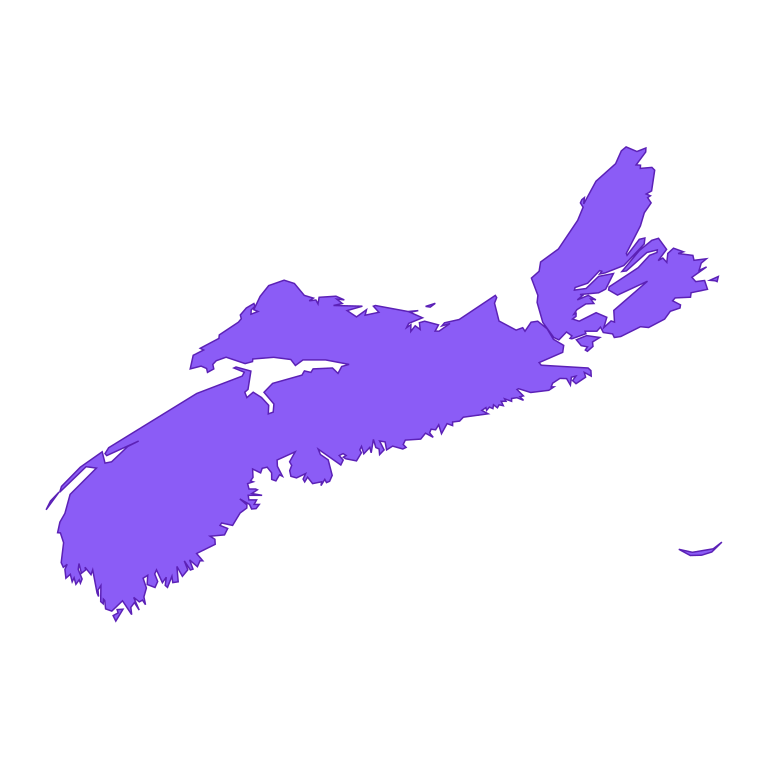 SVG path tracing the border of Nova Scotia
{"feature_id": "CAN-685", "entity_name": "Nova Scotia", "entity_type": "Province", "adm_level": 1, "iso_a3": "CAN", "parent_name": "Canada", "parent_adm1": "", "projection": "equal_earth", "projection_center": [-62.958, 45.228], "detail": "fine", "context": "isolated", "style": "filled", "palette": "violet", "viewbox_px": 768, "rotation_deg": 0, "n_neighbors": 0, "source": "natural_earth", "source_scale": "10m", "svg_char_len": 6102}
<svg xmlns="http://www.w3.org/2000/svg" viewBox="0 0 768 768"><path d="M268.7,285.6L284.1,280.2L294.4,283.5L304.3,295.4L313.4,298.1L309.2,300.8L315.9,300.0L318.0,303.9L319.1,297.3L336.0,296.2L344.3,299.9L336.8,299.1L342.3,303.5L333.5,305.5L362.4,306.2L347.1,310.6L356.5,316.9L366.5,309.7L365.1,315.2L378.9,312.3L373.4,306.2L375.4,305.5L408.0,311.5L418.3,310.6L410.1,312.3L422.5,317.8L408.7,323.4L406.6,327.6L410.9,324.7L410.8,331.4L415.2,325.8L420.2,329.5L419.4,322.7L424.6,321.2L438.5,324.9L435.1,331.1L439.0,331.2L450.0,323.5L441.9,325.9L444.5,322.8L459.2,319.5L495.3,295.4L496.7,297.6L494.5,303.1L499.0,321.0L516.1,330.1L522.7,327.7L525.0,331.2L531.1,322.2L537.7,321.2L547.1,328.8L553.4,339.3L563.7,345.4L562.7,352.3L539.1,362.6L541.2,365.2L588.1,368.0L590.9,370.6L591.2,376.1L584.3,372.4L585.6,377.2L576.0,383.7L572.6,380.6L575.9,376.1L571.4,377.2L570.4,385.1L566.6,378.6L559.9,378.4L552.6,383.2L551.2,386.9L553.9,386.9L548.8,390.3L530.7,392.5L518.6,388.7L517.0,389.5L523.4,395.9L519.9,396.7L523.5,400.3L516.9,397.7L511.6,398.5L511.6,401.3L504.6,398.8L506.0,401.3L501.2,401.3L503.3,405.7L499.1,404.8L497.4,407.8L493.5,404.8L492.9,408.6L489.4,407.1L486.6,410.4L485.9,407.6L481.8,410.4L488.1,413.8L463.3,417.2L459.6,421.1L452.6,422.0L452.6,425.6L447.1,423.6L441.5,433.7L438.7,424.8L435.6,429.8L431.1,429.2L429.6,432.8L433.2,437.3L425.5,433.2L420.7,439.1L405.3,440.1L403.2,444.5L406.1,447.4L402.8,449.0L392.6,446.1L386.6,449.9L385.1,441.9L379.6,441.0L384.1,449.9L379.6,454.6L379.1,449.0L375.8,447.5L373.4,439.4L371.2,452.8L369.8,447.4L363.8,453.8L361.5,446.4L359.8,449.8L361.4,452.8L356.5,460.9L345.9,458.8L343.3,457.2L346.1,455.5L343.1,453.6L339.2,455.5L343.2,460.1L340.8,465.0L318.2,449.1L320.4,454.5L328.2,459.9L332.2,475.4L329.6,481.3L326.5,482.6L324.8,479.4L321.0,485.6L321.6,481.8L312.6,483.6L307.6,477.2L304.7,481.9L303.1,479.1L305.6,473.6L296.5,477.9L290.9,476.3L289.7,470.6L291.7,465.4L289.6,461.8L295.2,451.8L277.1,460.0L277.4,466.3L282.5,476.3L279.5,474.8L275.9,480.9L271.7,479.4L271.6,472.8L267.2,467.2L262.2,468.3L260.6,472.9L252.6,469.0L253.0,477.4L250.5,480.9L253.2,481.8L247.6,483.6L249.0,489.0L255.6,489.0L257.4,489.8L251.8,493.5L262.1,495.3L248.2,495.3L248.9,499.9L256.6,499.9L254.1,504.4L259.3,504.4L256.1,508.6L251.6,509.0L249.5,504.4L239.8,498.9L246.9,504.8L246.8,508.0L240.1,513.0L232.6,525.4L221.6,523.0L220.0,525.4L227.7,528.5L224.5,534.9L210.1,536.2L214.9,539.3L215.2,544.3L196.6,553.5L202.8,560.8L200.0,560.8L197.4,566.7L189.6,559.9L193.0,569.1L190.4,570.0L184.3,560.9L187.8,569.8L182.4,576.3L176.9,566.4L178.2,581.8L172.8,582.6L171.9,576.3L167.5,587.4L165.2,585.4L166.3,577.2L162.4,582.7L156.5,569.9L154.7,573.9L157.7,581.5L155.0,587.5L147.2,584.5L147.7,575.3L143.1,578.2L146.4,588.0L143.9,596.9L145.5,604.7L142.5,600.1L139.3,601.9L133.7,597.4L139.2,610.1L134.4,602.6L130.8,607.4L131.7,614.6L122.5,600.8L111.8,611.1L105.6,608.9L104.7,600.4L103.4,599.1L103.2,603.8L100.7,601.6L100.9,585.5L98.0,590.0L98.6,596.5L97.1,593.1L92.7,569.9L91.0,574.7L85.0,567.2L85.7,569.9L81.4,573.3L79.0,563.5L78.2,569.4L82.1,579.0L80.4,583.2L79.2,579.8L75.9,584.3L74.1,577.8L72.2,581.8L70.3,574.3L65.9,578.2L64.9,569.4L67.2,564.3L63.3,567.3L61.2,562.6L63.6,542.7L60.4,532.9L57.6,532.7L59.9,522.1L64.9,513.4L70.1,494.4L96.4,468.1L86.1,466.7L59.7,492.2L61.5,486.4L80.3,467.2L102.2,451.8L105.0,463.1L111.6,461.8L127.7,446.5L138.7,441.0L106.7,455.6L105.0,453.6L108.7,447.7L196.7,393.5L242.2,376.1L244.3,372.2L233.9,368.0L236.0,367.0L250.9,371.1L248.0,389.4L244.8,392.2L246.9,397.6L253.2,392.2L261.5,397.5L268.7,405.3L268.3,413.9L273.2,412.1L273.9,404.0L264.0,392.3L272.6,383.4L302.0,375.1L304.4,370.9L310.9,372.4L313.1,368.9L332.5,368.0L338.0,373.4L341.7,366.5L349.1,364.4L325.5,359.9L303.0,359.9L295.4,365.5L290.8,359.5L273.7,357.3L252.8,359.0L252.5,361.6L245.1,363.6L226.1,357.2L216.3,360.7L212.8,364.4L213.8,368.9L207.5,372.4L206.6,368.5L201.1,366.1L190.2,368.9L193.2,355.3L203.6,350.0L200.2,348.3L218.9,338.4L219.3,334.9L238.4,322.2L241.3,318.7L240.3,315.0L246.3,308.0L253.9,303.5L255.0,306.3L251.2,309.9L251.0,314.2L258.0,311.5L253.8,309.7L260.1,296.4L268.7,285.6ZM680.0,308.0L670.3,311.3L664.6,319.1L648.6,327.5L640.5,326.7L620.8,336.5L614.3,337.5L612.6,333.9L603.3,332.5L600.5,327.1L596.9,331.2L585.1,331.2L585.9,333.7L571.8,338.8L570.0,338.4L571.9,335.9L566.5,332.0L558.9,339.9L553.8,337.5L542.8,322.4L537.1,302.4L537.9,295.4L531.4,278.1L539.1,271.3L540.6,262.0L558.4,249.0L577.7,220.3L583.1,207.2L580.4,202.9L581.8,199.7L584.4,197.6L583.7,203.9L596.0,181.2L615.6,163.7L621.3,150.9L626.1,146.9L636.9,151.5L645.9,148.0L645.7,152.0L636.1,164.9L640.5,165.2L640.3,168.4L651.9,167.4L654.7,170.2L651.6,190.9L646.2,194.0L650.4,195.8L647.6,197.6L651.1,202.9L644.3,212.8L640.4,225.9L626.3,253.4L627.1,255.3L639.3,239.3L644.9,238.0L644.2,244.0L623.8,265.5L605.4,272.8L599.7,274.0L601.8,271.3L599.6,270.6L587.7,283.2L575.1,287.5L574.4,290.1L586.1,288.5L598.6,276.4L613.5,273.5L605.7,289.1L598.6,292.8L580.0,294.5L582.7,295.4L577.3,299.9L588.2,295.4L595.9,299.9L590.7,299.0L593.9,303.5L585.9,303.9L576.9,309.7L573.9,314.2L576.1,313.3L576.0,316.4L572.5,319.0L579.2,321.2L596.1,312.7L606.8,317.3L603.8,327.6L611.1,320.9L614.5,322.1L613.8,310.4L647.5,281.2L617.5,295.1L608.6,290.0L609.1,286.9L638.2,267.7L649.6,255.3L657.0,252.5L657.3,249.9L646.9,252.5L626.4,270.9L621.9,271.5L639.4,250.5L651.8,240.3L658.5,238.3L666.6,249.4L658.2,260.6L662.8,258.0L666.8,262.4L667.8,253.4L673.5,248.2L683.5,251.8L678.1,253.5L692.9,255.4L694.0,260.3L706.4,258.8L701.2,263.1L699.1,270.4L706.6,266.9L691.9,277.3L695.7,281.6L704.6,280.5L707.5,289.3L691.1,292.7L690.5,297.2L675.2,297.9L672.6,300.8L680.5,304.9L680.0,308.0ZM586.6,335.6L599.8,337.5L592.5,342.0L593.0,346.4L587.4,351.3L585.3,350.0L587.5,346.9L581.2,345.6L576.4,339.8L586.6,335.6ZM713.2,548.8L721.9,542.1L711.8,552.0L701.6,555.2L690.3,555.5L678.8,549.3L692.4,552.3L713.2,548.8ZM118.1,612.9L117.1,609.6L123.0,609.2L115.8,621.1L113.1,615.6L118.1,612.9ZM50.5,501.0L59.1,492.0L46.1,509.8L50.5,501.0ZM717.1,281.6L715.3,280.8L709.8,280.3L718.3,276.5L717.1,281.6ZM425.6,306.4L435.3,303.3L430.3,307.1L425.6,306.4Z" fill="#8b5cf6" stroke="#5b21b6" stroke-width="1.5"/></svg>